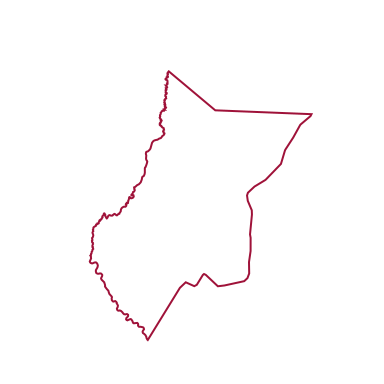 Limulunga, Western, Zambia, rotated 313°
{"feature_id": "96606910B48739682467937", "entity_name": "Limulunga", "entity_type": "district", "adm_level": 2, "iso_a3": "ZMB", "parent_name": "Zambia", "parent_adm1": "Western", "projection": "mercator", "projection_center": [23.382, -14.96], "detail": "fine", "context": "isolated", "style": "outline", "palette": "rose", "viewbox_px": 384, "rotation_deg": 313, "n_neighbors": 0, "source": "geoboundaries", "source_scale": "gbopen_adm2", "svg_char_len": 5840}
<svg xmlns="http://www.w3.org/2000/svg" viewBox="0 0 384 384"><g transform="rotate(313 192 192)"><path d="M53.6,260.6L113.7,248.5L121.7,249.0L124.7,257.9L127.4,258.8L138.8,256.5L140.2,256.7L140.8,258.6L140.7,275.2L145.8,279.5L162.4,291.0L166.8,291.3L171.4,289.4L179.6,281.5L188.8,275.1L198.5,266.1L200.5,263.4L216.4,251.2L219.4,248.2L223.6,238.8L227.0,234.6L229.6,233.4L238.6,234.0L251.0,237.5L273.2,237.9L285.7,231.7L286.6,231.4L300.8,228.9L314.8,225.4L315.7,225.4L328.3,226.9L330.4,226.3L267.6,153.3L264.4,92.7L263.7,92.7L263.1,93.0L262.5,92.9L262.0,93.1L261.6,93.6L261.8,94.0L261.5,94.3L261.0,94.3L260.2,94.7L259.9,95.1L260.0,95.7L259.8,95.9L259.4,96.0L258.6,95.2L257.6,95.9L257.4,95.9L257.4,95.6L257.2,95.6L256.7,96.0L256.6,95.9L256.5,96.1L256.3,96.1L256.3,96.4L256.7,97.0L256.8,97.9L256.0,98.8L255.8,99.2L255.1,99.4L254.6,100.2L254.2,99.9L254.0,100.3L253.8,100.4L252.5,100.6L252.2,100.3L252.2,100.6L251.9,100.7L252.0,101.1L251.7,102.4L251.2,102.5L250.2,102.0L249.9,102.8L249.4,102.7L249.1,102.9L249.4,103.5L248.8,103.8L248.1,103.6L247.3,104.6L247.0,104.7L247.1,105.7L246.8,105.7L246.8,106.0L246.7,106.4L246.2,106.5L245.2,106.1L244.0,106.9L243.9,107.1L243.9,107.5L244.0,107.9L243.9,108.2L242.8,108.9L242.7,109.3L242.3,109.2L241.5,108.9L240.4,109.1L240.4,109.7L239.7,109.9L239.4,110.3L238.6,110.6L238.6,111.0L238.7,111.3L238.6,111.6L237.4,111.9L237.4,112.5L237.7,112.8L237.5,113.2L237.2,113.3L236.8,113.0L236.2,113.4L236.1,113.7L236.2,113.8L236.1,114.2L236.2,114.5L235.7,115.0L235.9,115.4L235.6,115.5L235.2,115.1L235.2,114.9L234.6,114.9L234.3,115.0L234.2,115.3L233.8,115.4L233.7,115.9L233.5,115.6L233.4,115.6L232.9,115.8L232.8,115.5L232.4,116.1L232.2,116.1L232.0,115.2L231.3,114.9L230.7,115.0L230.3,114.8L229.1,115.2L228.5,115.1L228.1,115.6L227.1,116.2L226.5,116.1L226.1,116.4L225.7,116.8L225.4,117.4L224.4,117.6L224.3,118.0L224.1,118.1L223.8,118.9L224.0,119.3L223.9,119.6L224.0,120.1L223.9,120.2L223.1,120.4L223.3,121.2L222.8,121.3L222.6,121.1L222.0,121.3L221.9,121.6L221.2,121.9L220.9,121.8L220.7,121.5L220.2,121.6L220.0,121.8L220.1,122.1L219.8,122.4L219.1,122.6L219.0,123.0L219.0,123.3L219.4,124.2L219.1,124.7L219.3,125.2L219.0,125.6L219.0,126.2L219.1,126.3L219.2,127.3L219.4,127.7L219.1,128.2L218.7,128.5L218.6,128.9L218.4,129.2L217.6,129.1L216.5,129.6L216.3,130.2L216.5,130.5L215.9,131.1L216.1,131.9L215.6,132.2L214.1,132.5L212.7,132.1L211.3,132.4L210.1,132.4L208.8,131.6L206.7,131.1L205.8,130.4L204.0,129.3L202.7,129.0L200.8,129.2L195.4,132.0L194.1,132.2L192.0,132.1L191.3,131.9L190.4,131.3L189.8,131.3L188.7,132.0L188.0,132.8L187.7,133.5L185.0,135.7L184.4,136.6L184.0,138.0L183.7,138.6L182.1,139.5L179.9,140.5L178.3,141.1L177.9,141.0L177.2,141.3L173.9,144.4L172.4,145.3L170.7,145.8L169.5,145.4L168.8,145.5L166.8,146.8L164.1,147.9L161.4,147.9L159.7,147.2L157.1,147.0L155.9,146.5L155.3,147.5L155.0,147.5L154.7,147.8L154.5,148.7L154.3,148.9L153.1,149.3L152.5,149.3L151.9,148.9L150.1,149.7L149.6,149.7L149.2,149.5L148.4,149.7L148.3,150.1L149.0,150.6L149.2,151.3L149.6,151.5L149.2,152.2L148.9,152.5L148.1,152.7L147.6,152.7L146.6,152.3L145.9,151.8L145.5,151.1L145.9,150.4L145.6,149.7L145.3,149.7L145.0,149.8L144.6,150.3L144.0,150.5L143.4,150.9L141.9,151.4L141.6,151.8L140.3,152.6L139.7,151.8L139.3,152.2L139.0,151.8L138.2,151.8L137.9,151.9L137.5,152.9L137.2,153.3L136.7,153.4L136.0,153.4L135.5,153.1L135.2,152.5L134.4,152.0L133.0,151.6L132.0,151.6L130.7,152.0L129.2,153.1L127.1,153.4L126.5,153.7L125.9,153.1L125.2,153.2L123.7,153.0L123.4,152.5L123.4,151.0L123.0,150.1L122.2,150.0L121.7,150.0L121.4,149.8L120.6,149.9L120.1,149.6L119.2,148.4L119.1,147.8L118.8,147.4L118.1,147.1L117.2,147.1L115.6,147.7L114.6,147.7L114.6,146.9L115.1,145.8L115.2,145.1L115.5,144.7L116.1,144.3L116.2,143.4L116.6,142.9L116.6,142.5L116.3,142.3L115.6,142.5L115.5,142.9L115.1,143.1L113.1,143.0L112.3,143.6L112.3,143.9L111.9,144.0L111.0,144.0L110.6,144.3L109.7,144.0L109.4,144.3L108.9,144.3L108.8,143.8L108.5,143.7L108.2,143.9L107.9,143.8L107.5,144.3L107.2,144.2L106.9,144.3L106.6,144.3L106.2,144.5L105.5,144.6L105.3,145.1L105.0,145.0L104.5,144.5L104.4,144.7L103.8,144.7L103.0,144.1L102.5,144.2L102.1,144.4L101.9,144.7L101.4,144.8L100.9,144.5L99.2,144.1L98.5,144.3L97.4,145.2L97.0,145.2L96.7,145.3L96.1,146.5L95.1,146.6L94.3,147.0L93.8,147.9L93.7,148.4L92.7,149.6L91.1,150.3L90.1,150.3L89.5,151.3L89.1,151.7L88.9,151.7L88.5,152.2L88.1,152.1L87.5,152.8L87.2,153.1L87.2,153.6L87.1,153.9L87.2,154.2L86.6,154.7L86.5,155.1L85.8,155.3L84.5,155.9L84.4,156.2L84.2,156.5L84.2,156.9L83.7,157.0L83.6,157.7L83.0,158.6L82.0,158.5L81.0,159.3L79.8,159.4L79.4,159.7L79.2,160.0L78.7,160.3L78.1,160.5L77.8,160.4L77.1,161.1L76.8,161.2L76.2,161.0L75.7,162.4L75.1,162.8L74.6,163.5L71.5,164.6L71.1,165.4L71.0,166.2L71.5,167.5L71.9,167.9L73.8,168.7L74.6,169.3L75.0,169.7L75.1,170.9L74.7,172.2L73.9,173.4L72.3,174.3L69.3,175.0L68.2,176.0L67.5,177.2L67.7,178.3L68.0,178.9L68.8,179.7L69.6,180.1L70.3,181.0L70.3,182.4L70.2,182.8L69.6,183.4L69.0,183.7L66.9,184.3L66.4,185.1L66.2,185.8L66.1,189.4L65.4,190.5L65.1,191.2L64.1,192.5L63.6,192.8L63.4,193.4L62.9,196.2L62.8,198.1L61.8,199.7L61.1,201.1L60.8,204.6L60.5,205.2L59.5,205.7L58.2,207.2L58.1,207.9L58.1,209.1L58.7,209.6L59.6,210.0L59.9,210.3L60.0,211.4L59.8,212.4L59.2,212.8L58.9,214.1L58.4,215.3L57.0,216.2L55.6,216.5L55.0,217.3L54.8,217.7L54.8,218.7L55.1,219.2L55.3,219.5L56.1,219.9L56.6,221.2L56.6,223.0L56.3,224.4L56.3,225.7L57.0,226.7L58.3,227.6L58.5,227.9L58.6,229.0L57.8,229.8L57.4,230.0L54.9,230.0L53.9,230.7L53.8,231.5L54.1,232.3L56.9,233.5L57.3,233.9L57.4,234.7L56.9,236.7L56.4,237.5L56.1,238.5L56.3,239.0L58.9,241.2L58.9,242.2L58.5,242.9L57.6,243.5L57.3,244.2L57.3,245.2L58.2,246.1L58.9,247.2L59.6,248.4L59.7,249.0L59.4,249.8L58.9,250.5L56.9,250.8L56.2,251.1L55.7,251.7L55.4,252.3L55.6,253.8L55.6,255.4L55.1,256.9L54.8,257.6L54.3,258.1L53.8,259.4L53.6,259.9L53.6,260.6Z" fill="none" stroke="#9f1239" stroke-width="2"/></g></svg>